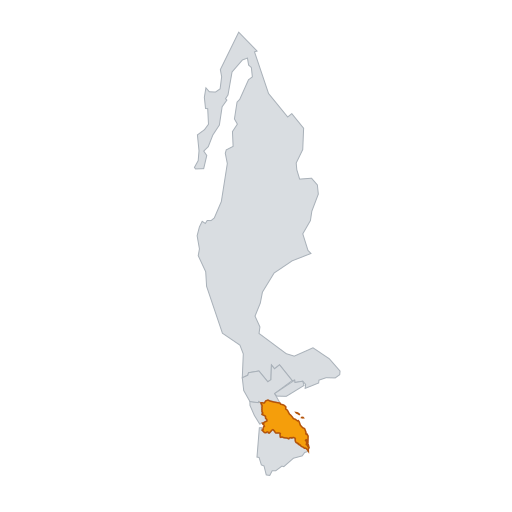 map of Honduras with Mexico, Nicaragua, El Salvador and 2 others greyed out, rotated 51°
{"feature_id": "HND", "entity_name": "Honduras", "entity_type": "country or territory", "adm_level": 0, "iso_a3": "HND", "parent_name": "North America", "parent_adm1": "", "projection": "mercator", "projection_center": [-86.242, 14.747], "detail": "fine", "context": "with_neighbors", "style": "filled", "palette": "amber", "viewbox_px": 512, "rotation_deg": 51, "n_neighbors": 5, "source": "natural_earth", "source_scale": "50m", "svg_char_len": 5067}
<svg xmlns="http://www.w3.org/2000/svg" viewBox="0 0 512 512"><g transform="rotate(51 256 256)"><path d="M71.2,128.6L97.4,126.2L96.4,128.7L137.6,144.0L167.9,143.9L167.9,138.6L186.7,138.6L202.7,152.7L209.0,166.2L214.6,170.0L223.7,173.7L230.5,163.9L239.4,163.6L247.1,168.6L256.3,184.4L262.7,191.4L268.2,205.7L284.4,212.1L288.6,211.7L282.5,230.9L280.6,252.6L288.1,273.7L295.3,282.3L302.1,294.6L313.6,297.6L318.1,302.4L350.9,294.0L357.9,289.3L363.2,269.5L382.1,263.7L398.3,263.1L400.9,265.6L400.6,271.2L394.7,278.1L392.1,285.2L394.1,287.2L389.8,301.1L387.0,298.2L382.7,298.5L378.8,305.4L376.8,304.1L375.6,306.3L355.4,306.2L355.3,312.6L350.4,312.6L361.5,322.2L361.2,326.0L347.2,326.1L342.0,335.3L343.5,337.4L342.0,343.3L324.1,327.5L315.2,324.6L294.9,330.7L248.5,313.5L236.6,305.0L219.4,300.7L214.9,295.5L203.2,289.0L197.8,281.7L195.2,276.0L198.8,274.9L197.7,271.6L200.2,268.6L200.2,264.5L191.9,248.7L166.1,220.1L156.8,215.2L154.8,212.3L156.4,204.8L144.5,196.0L141.8,187.5L135.9,186.5L124.5,173.9L124.0,170.0L114.3,150.9L114.5,146.1L106.6,141.0L103.0,141.6L96.8,138.1L95.1,143.2L97.9,158.8L113.2,176.4L114.6,180.7L116.5,180.5L118.7,188.4L131.2,202.1L134.8,213.4L141.0,224.3L141.6,230.6L146.9,231.0L155.2,241.7L150.3,248.2L148.4,248.1L145.5,240.9L138.4,234.1L125.0,225.3L125.4,216.5L123.7,210.0L111.1,200.8L109.6,202.4L100.2,196.3L93.8,189.1L99.0,188.9L103.1,184.3L103.5,178.7L95.1,169.9L88.7,166.4L71.2,128.6Z" fill="#d9dde1" stroke="#a8b0b8" stroke-width="1"/><path d="M435.2,383.4L432.6,385.8L424.2,381.9L421.7,383.3L414.5,380.4L412.9,381.8L391.6,361.5L392.8,359.8L394.6,361.5L398.8,360.2L401.8,357.6L401.5,352.1L406.4,351.9L408.7,348.9L411.9,351.2L418.8,345.4L421.4,340.5L426.6,342.4L437.0,337.9L440.8,338.2L439.3,341.8L440.4,345.9L436.7,354.2L437.2,367.0L435.6,368.1L435.3,375.8L433.1,378.6L435.2,383.4Z" fill="#d9dde1" stroke="#a8b0b8" stroke-width="1"/><path d="M373.3,344.6L382.5,351.1L387.3,349.7L391.0,351.8L389.0,358.9L378.8,357.6L368.3,354.7L365.2,352.3L371.3,346.6L370.7,345.3L373.3,344.6Z" fill="#d9dde1" stroke="#a8b0b8" stroke-width="1"/><path d="M342.0,343.3L343.5,337.4L342.0,335.3L347.2,326.1L361.2,326.0L361.5,322.2L350.4,312.6L355.3,312.6L355.4,306.2L375.6,306.3L374.6,328.1L385.6,329.9L375.4,337.4L375.5,341.7L373.3,344.6L370.7,345.3L371.3,346.6L365.2,352.3L352.8,350.2L342.0,343.3Z" fill="#d9dde1" stroke="#a8b0b8" stroke-width="1"/><path d="M374.6,328.1L376.8,304.1L378.8,305.4L382.7,298.5L386.8,300.1L384.1,320.8L377.9,328.1L374.6,328.1Z" fill="#d9dde1" stroke="#a8b0b8" stroke-width="1"/><path d="M440.7,338.2L437.9,338.0L436.5,338.4L436.0,339.2L435.5,339.5L435.0,339.4L434.2,339.7L432.9,340.4L431.8,340.7L430.8,340.5L430.5,340.7L430.4,340.9L430.3,341.1L429.9,341.3L429.4,341.2L428.9,341.0L428.6,341.1L428.6,341.5L428.3,341.6L427.8,341.4L427.2,341.6L426.6,342.1L425.7,342.2L424.5,341.9L423.6,341.3L422.9,340.5L422.1,340.3L420.8,340.9L420.2,341.7L420.1,342.1L420.2,342.5L420.0,342.8L419.3,342.9L418.9,343.5L418.5,344.3L418.5,345.0L418.7,345.5L418.4,345.9L417.5,346.1L416.6,346.8L415.4,348.1L414.3,349.0L413.2,349.5L412.7,350.1L412.7,350.7L412.6,350.9L412.4,351.0L412.1,351.1L409.9,349.7L409.3,348.8L408.8,348.9L408.1,349.4L407.2,350.5L406.1,351.9L405.7,352.1L403.1,351.9L401.8,352.0L401.5,352.2L401.4,352.7L401.4,353.4L401.8,356.0L402.0,357.0L401.8,357.4L401.1,357.4L400.2,357.6L399.8,358.0L399.6,358.5L399.6,359.2L399.3,359.9L398.8,360.4L398.2,360.6L395.2,360.8L395.3,359.6L394.4,359.1L393.9,358.1L393.5,357.5L393.6,357.1L393.6,356.6L392.3,356.2L391.2,356.5L390.5,356.3L390.0,356.1L390.9,355.5L390.9,355.1L390.6,354.9L390.4,354.7L390.5,354.0L390.6,353.3L391.1,351.4L390.9,351.1L390.1,350.6L389.2,350.5L388.1,350.7L387.6,350.4L387.1,349.8L386.4,349.5L385.0,350.0L383.6,350.7L383.1,351.0L382.8,351.0L382.6,350.4L382.5,349.7L382.4,349.6L381.7,349.3L380.8,349.2L380.3,349.0L379.9,348.5L378.8,347.9L378.6,347.5L377.1,346.5L376.8,346.0L376.5,345.7L375.8,345.2L375.3,345.3L373.5,344.7L373.2,344.7L373.4,344.2L374.0,343.4L375.3,342.5L375.4,341.8L375.0,340.5L374.7,339.6L374.9,339.2L375.3,337.7L375.6,337.3L377.4,336.5L377.5,336.4L379.0,335.3L380.6,334.1L382.2,332.7L384.0,331.2L385.0,330.3L385.5,329.9L386.6,330.2L387.4,329.5L387.9,329.2L389.0,328.4L389.4,328.2L391.2,327.8L392.2,327.8L392.9,328.7L393.6,329.2L394.8,328.8L395.8,328.7L399.9,329.5L401.5,329.2L404.5,329.1L405.9,329.3L407.8,328.1L409.0,327.9L410.4,327.4L410.3,326.8L409.9,326.6L412.1,326.8L415.4,328.0L418.8,327.8L420.1,327.1L420.9,326.9L424.5,328.1L425.4,329.1L426.1,329.2L426.7,328.9L426.9,328.8L426.2,328.6L425.8,328.3L428.7,328.8L433.9,333.2L434.1,333.5L431.8,332.3L430.6,332.4L430.3,332.6L430.4,333.3L430.5,333.6L431.0,333.6L431.4,333.4L432.3,333.7L432.9,334.1L433.7,334.9L434.1,335.6L434.6,335.6L435.1,335.2L436.0,335.1L436.5,335.6L437.0,335.6L436.4,334.8L435.0,334.0L435.3,334.0L438.4,335.4L439.2,337.2L439.9,337.6L440.7,338.2ZM405.2,322.5L403.4,323.4L402.9,323.4L403.7,322.7L405.0,322.1L406.1,321.9L407.0,322.0L405.2,322.5ZM411.2,321.6L410.3,322.3L410.2,322.0L410.6,321.4L411.1,321.0L411.6,321.0L411.4,321.3L411.2,321.6Z" fill="#f59e0b" stroke="#b45309" stroke-width="1.5"/></g></svg>